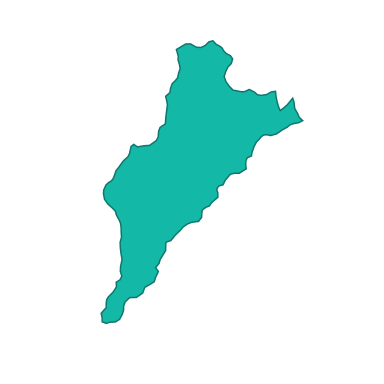 the district of Floreal, São Paulo, Brazil, rotated 197°
{"feature_id": "56859067B4851192161748", "entity_name": "Floreal", "entity_type": "district", "adm_level": 2, "iso_a3": "BRA", "parent_name": "Brazil", "parent_adm1": "São Paulo", "projection": "orthographic", "projection_center": [-50.158, -20.647], "detail": "fine", "context": "isolated", "style": "filled", "palette": "teal", "viewbox_px": 384, "rotation_deg": 197, "n_neighbors": 0, "source": "geoboundaries", "source_scale": "gbopen_adm2", "svg_char_len": 2277}
<svg xmlns="http://www.w3.org/2000/svg" viewBox="0 0 384 384"><g transform="rotate(197 192 192)"><path d="M243.4,49.4L241.1,45.3L240.0,41.6L235.7,41.3L232.2,43.6L227.3,45.3L224.0,49.1L222.9,54.9L222.9,59.2L224.0,62.7L223.8,67.3L220.7,72.8L214.4,74.9L209.6,81.0L209.3,87.0L205.3,91.2L201.9,95.1L201.9,99.4L200.9,106.2L204.7,109.0L202.6,114.3L202.7,118.2L200.1,128.2L202.3,136.3L198.0,139.4L195.5,145.6L191.9,152.1L190.2,156.1L186.9,160.2L183.3,163.0L177.2,165.8L175.4,170.4L176.2,173.6L176.9,177.8L174.1,181.6L171.3,183.7L170.3,187.1L168.7,189.9L165.7,194.5L167.1,198.8L169.2,201.7L168.3,205.5L164.4,208.0L163.7,212.9L160.5,220.2L157.0,222.3L152.3,223.7L150.1,226.3L146.9,230.0L148.3,233.0L149.6,237.4L149.2,240.9L145.7,243.8L146.2,247.4L145.9,253.9L145.0,258.6L143.2,262.0L142.0,265.0L140.1,267.5L136.9,268.7L133.5,268.9L130.9,270.5L128.0,272.4L123.8,277.8L119.8,281.9L118.1,284.7L114.7,287.2L110.5,289.3L107.0,292.6L111.5,294.9L113.9,297.9L118.1,301.8L120.7,307.6L123.1,311.1L124.9,306.9L126.4,303.2L129.5,298.3L131.4,295.6L134.0,298.6L136.9,303.0L139.6,308.0L141.6,312.7L145.4,310.9L149.1,307.0L154.2,304.6L157.8,304.1L161.4,305.8L167.2,306.8L171.2,303.2L174.1,302.3L182.5,301.4L187.1,303.9L191.6,307.2L195.0,311.8L195.0,316.7L194.2,322.0L192.0,326.3L192.0,331.1L195.1,333.6L199.6,334.4L202.7,336.0L205.3,338.5L208.2,339.6L212.1,340.3L216.2,342.7L219.7,340.6L222.2,335.9L225.7,332.8L230.3,331.7L236.7,333.2L241.3,331.7L248.6,323.7L246.7,320.8L244.7,317.6L244.0,314.3L241.5,310.6L239.4,306.5L239.6,301.7L239.1,297.1L240.7,293.2L242.6,289.9L242.8,284.7L242.2,280.6L245.2,275.8L243.0,272.1L241.0,268.3L239.8,261.1L238.7,255.0L237.4,249.4L241.4,244.4L241.7,240.5L240.4,234.6L241.2,230.7L246.2,224.2L251.6,222.1L257.3,219.2L261.7,220.5L263.6,217.7L263.3,214.4L263.0,210.3L263.6,206.8L265.4,204.0L266.9,201.2L269.5,193.6L270.9,190.1L271.1,182.9L272.1,179.4L274.7,176.4L276.3,173.5L277.0,168.3L276.3,164.8L273.5,159.4L268.6,155.7L264.1,153.7L259.8,151.4L257.4,147.7L254.1,144.6L251.4,141.5L249.5,137.5L248.0,133.0L246.2,128.2L246.0,122.8L244.2,117.6L242.0,112.6L239.1,106.9L238.6,100.1L237.3,95.1L234.5,91.0L235.2,86.9L238.1,83.6L236.5,79.1L238.3,73.0L241.3,67.3L242.1,64.0L241.4,60.0L240.2,56.4L241.6,53.5L243.4,49.4Z" fill="#14b8a6" stroke="#0f766e" stroke-width="1.5"/></g></svg>